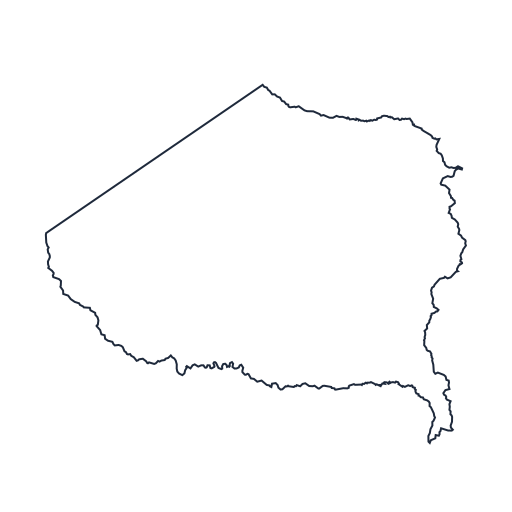 the district of Ñorquín, Neuquén, Argentina, rotated 185°
{"feature_id": "61730980B83392374898421", "entity_name": "Ñorquín", "entity_type": "district", "adm_level": 2, "iso_a3": "ARG", "parent_name": "Argentina", "parent_adm1": "Neuquén", "projection": "mercator", "projection_center": [-70.939, -37.623], "detail": "fine", "context": "isolated", "style": "outline", "palette": "slate", "viewbox_px": 512, "rotation_deg": 185, "n_neighbors": 0, "source": "geoboundaries", "source_scale": "gbopen_adm2", "svg_char_len": 5944}
<svg xmlns="http://www.w3.org/2000/svg" viewBox="0 0 512 512"><g transform="rotate(185 256 256)"><path d="M66.6,84.9L65.8,87.7L61.5,90.0L61.4,93.3L58.2,92.9L57.6,94.5L57.9,96.5L57.0,97.6L56.6,100.5L49.5,98.9L45.8,99.1L44.8,100.1L46.9,102.1L47.3,104.1L46.3,107.9L46.6,112.8L47.2,114.2L48.5,115.3L48.6,118.2L49.9,119.6L49.8,122.7L50.4,125.3L49.5,128.3L53.4,129.6L54.4,130.9L54.2,132.2L55.0,133.5L56.6,134.2L57.4,135.7L55.6,138.9L51.7,140.3L53.0,144.0L52.7,146.8L53.2,148.7L55.5,149.2L56.6,152.5L58.5,153.9L64.7,155.7L67.1,154.3L68.8,156.2L69.9,163.2L71.4,167.3L71.2,169.3L72.2,170.3L72.2,171.5L72.9,172.5L72.7,173.8L74.3,176.1L76.8,176.6L77.8,177.4L78.4,179.3L80.7,181.8L80.9,186.2L81.3,186.7L80.5,188.8L81.0,189.9L80.5,192.1L80.9,194.8L81.6,196.0L79.2,198.7L79.8,202.1L77.6,205.0L77.7,206.6L76.9,208.4L76.4,210.4L76.8,211.3L76.0,212.3L76.1,213.8L73.4,214.8L71.6,216.5L70.5,216.6L69.5,218.2L71.4,219.6L74.4,220.7L74.8,222.9L76.2,224.3L75.8,228.9L78.0,233.4L77.9,235.2L78.6,236.7L77.9,239.8L76.1,241.2L75.6,243.0L70.9,249.3L66.8,250.6L66.0,251.8L63.2,250.4L60.2,251.7L55.5,257.7L53.6,258.4L54.5,259.0L54.6,260.7L53.3,264.1L52.4,264.8L52.3,265.6L51.4,265.6L50.1,266.7L50.3,267.5L51.9,268.4L52.0,269.8L51.1,270.7L52.4,274.0L51.7,276.7L50.9,277.6L50.2,280.7L47.8,284.7L48.7,286.9L48.4,289.0L48.9,290.1L52.3,292.2L53.5,294.2L56.3,295.8L55.7,299.6L56.1,300.8L57.6,302.8L57.3,305.3L58.0,306.8L61.1,309.7L64.2,311.1L64.7,313.2L65.7,314.9L67.8,315.7L66.8,319.4L67.3,320.0L67.5,321.9L66.1,322.5L62.5,326.0L63.0,328.5L64.4,329.2L65.7,330.9L66.8,331.0L67.1,332.7L69.2,335.5L69.0,339.0L73.6,342.6L77.7,343.2L78.4,344.4L76.6,349.6L72.0,352.3L69.0,351.7L67.4,352.1L66.2,353.1L65.4,357.9L64.3,359.4L62.2,360.8L58.5,360.1L58.3,361.3L62.6,363.0L64.9,361.2L67.0,360.9L69.0,361.4L71.2,360.8L74.0,362.0L75.6,363.4L76.4,365.8L78.0,366.9L78.3,369.4L79.7,372.5L81.0,374.0L82.9,374.4L85.2,376.5L84.8,377.9L85.9,380.4L85.8,382.5L83.6,388.6L86.4,387.9L87.7,388.8L88.5,388.4L90.5,389.1L91.0,390.4L92.6,391.7L100.0,395.2L101.9,396.4L102.1,397.4L108.9,399.2L109.9,399.7L110.0,400.7L111.2,400.5L111.8,402.8L114.8,406.3L117.9,405.6L119.1,405.9L120.4,405.2L122.5,405.6L123.4,404.4L124.8,404.0L126.5,405.4L130.2,404.3L132.8,406.1L134.2,405.7L134.6,406.4L136.2,406.0L137.3,406.8L140.8,406.9L142.7,406.2L143.4,404.9L147.3,403.6L147.3,402.5L148.5,401.9L150.1,402.1L152.0,400.9L153.4,401.4L154.4,400.5L155.0,400.9L157.3,399.7L157.9,400.4L159.7,399.7L161.1,400.2L163.2,399.9L164.7,400.7L165.4,400.2L165.5,400.9L167.9,401.5L167.9,400.5L168.4,400.2L171.0,401.0L174.5,400.2L175.7,401.5L176.8,401.0L176.9,401.8L177.9,401.2L181.8,402.2L185.1,401.8L188.0,402.6L191.4,400.4L194.9,400.2L201.0,402.3L203.5,401.5L205.0,402.9L211.6,405.1L217.7,404.7L220.4,405.3L226.5,408.9L229.4,407.6L230.5,408.1L234.9,407.1L236.1,407.4L236.8,408.2L237.1,409.6L239.2,409.9L241.4,412.3L243.6,412.7L245.9,415.9L248.9,416.7L251.4,418.7L253.9,418.4L256.9,421.8L258.3,422.4L259.9,424.7L262.5,425.2L264.3,427.1L467.0,260.6L467.2,258.8L466.1,251.1L464.6,247.7L463.3,246.4L464.1,244.4L463.3,241.2L462.1,239.9L461.4,238.0L461.3,236.5L462.8,232.4L462.4,229.6L461.4,227.2L461.9,226.0L457.9,223.5L456.1,221.5L456.1,220.3L456.7,219.0L456.1,217.3L450.2,215.8L448.1,214.1L447.9,209.6L448.2,208.3L445.2,204.8L444.7,201.4L439.7,200.2L436.8,196.9L432.6,194.5L428.0,193.4L427.2,192.0L423.8,190.6L423.0,189.8L417.0,189.9L416.2,187.5L411.3,185.4L410.9,183.4L408.5,181.1L407.4,178.1L407.6,173.7L408.7,172.8L408.7,172.3L404.8,168.6L403.2,164.5L399.9,163.9L399.1,160.4L396.1,158.7L391.6,158.0L390.3,155.8L388.9,154.6L385.1,155.4L382.3,154.7L380.7,153.5L378.7,149.6L377.2,148.9L376.0,147.1L374.9,146.8L372.8,147.3L371.6,145.7L368.9,144.5L365.8,141.2L364.5,141.7L363.4,142.9L359.8,143.8L356.2,141.5L355.0,139.9L354.3,139.7L353.3,140.7L348.0,139.6L346.4,140.4L344.4,142.9L342.9,142.4L341.1,143.6L337.9,144.4L337.2,145.8L334.6,146.8L332.2,149.5L330.5,147.7L328.6,146.9L326.9,144.9L325.5,141.2L325.2,136.9L324.3,134.0L322.4,132.2L319.0,130.9L317.1,132.8L316.6,136.1L315.3,138.5L315.9,139.5L315.3,140.3L311.5,138.3L309.6,141.6L307.6,142.7L303.9,140.8L301.1,142.3L298.8,142.5L297.2,140.5L296.2,140.3L295.4,140.8L294.8,142.9L293.4,143.0L292.6,143.0L291.6,140.4L290.4,140.2L287.9,141.9L287.7,142.6L289.1,145.4L288.5,146.5L287.6,146.7L286.5,146.0L283.6,141.2L280.6,140.3L279.8,140.9L280.2,143.2L279.2,145.5L277.3,146.0L275.8,144.8L275.2,143.0L273.9,143.8L273.0,143.3L272.5,144.0L272.8,145.6L272.5,147.1L270.7,148.2L269.4,146.7L269.8,143.5L267.6,142.0L265.5,142.3L263.4,143.5L262.7,145.6L261.2,146.4L259.0,143.6L259.6,140.4L259.4,139.1L256.8,136.8L255.8,136.8L254.2,137.9L253.1,137.6L250.4,133.6L247.4,133.4L243.8,130.9L239.6,132.4L234.1,128.5L231.2,128.2L230.8,127.4L229.3,126.8L228.9,130.2L225.3,131.1L223.2,129.3L222.2,126.8L219.9,125.1L218.1,125.5L215.2,128.8L213.9,128.7L212.8,129.6L212.2,129.1L206.9,128.8L206.2,129.7L204.8,129.8L204.2,130.9L200.6,130.1L198.5,132.6L195.8,133.5L191.7,131.1L188.1,131.2L186.4,131.9L182.3,129.4L181.4,129.5L178.2,132.4L176.6,132.7L169.6,132.1L169.1,131.1L166.3,131.0L165.7,129.9L165.0,129.8L157.6,131.9L153.4,132.1L152.1,132.8L152.2,134.3L151.7,135.0L147.3,136.9L146.1,136.3L140.0,137.1L139.3,136.7L138.7,138.0L137.1,138.0L135.8,139.3L134.4,138.8L134.1,139.5L131.4,139.8L130.5,140.4L126.3,138.8L125.5,138.0L124.6,138.7L120.5,137.2L120.3,137.7L120.9,138.4L119.8,138.6L119.0,140.0L116.8,139.9L117.7,140.8L117.1,141.5L114.7,141.5L112.9,140.2L111.7,140.9L112.4,142.0L112.1,142.4L111.0,141.6L108.6,142.3L106.4,142.0L105.6,143.1L103.4,142.6L102.5,141.3L102.8,140.8L98.7,138.5L98.3,139.3L96.3,138.6L93.1,140.5L91.1,139.9L89.6,140.7L89.0,140.5L88.5,139.0L86.3,138.6L86.3,137.5L85.1,136.5L85.5,135.6L85.1,134.4L84.3,133.1L82.0,132.5L81.9,131.1L81.0,131.0L79.6,129.7L77.3,129.6L76.4,127.9L72.9,127.1L71.1,126.0L70.2,124.7L70.0,121.6L68.6,120.6L65.2,114.8L64.5,112.1L63.6,110.7L64.8,107.3L65.9,106.0L65.5,102.5L67.1,98.7L67.4,94.7L68.6,91.7L68.0,86.1L66.6,84.9Z" fill="none" stroke="#1e293b" stroke-width="2"/></g></svg>